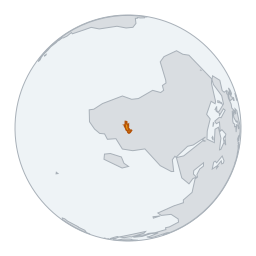 globe centered on Central, rotated 92°
{"feature_id": "ZMB-516", "entity_name": "Central", "entity_type": "Province", "adm_level": 1, "iso_a3": "ZMB", "parent_name": "Zambia", "parent_adm1": "", "projection": "orthographic", "projection_center": [28.771, -13.872], "detail": "medium", "context": "on_globe", "style": "filled", "palette": "amber", "viewbox_px": 256, "rotation_deg": 92, "n_neighbors": 0, "source": "natural_earth", "source_scale": "10m", "svg_char_len": 6165}
<svg xmlns="http://www.w3.org/2000/svg" viewBox="0 0 256 256"><g transform="rotate(92 128 128)"><circle cx="128" cy="128" r="113" fill="#eef3f6" stroke="#a8b0b8"/><path d="M16.4,112.6L16.3,114.7L17.3,115.3L17.6,119.4L17.3,122.6L18.1,122.6L18.1,124.5L23.2,123.7L27.2,126.6L28.1,133.4L26.7,142.6L30.0,160.2L28.7,168.3L31.5,175.4L35.8,186.9L34.6,187.9L38.2,192.0L40.2,195.7L40.3,197.0L43.1,200.3L43.3,201.2L45.1,202.7L49.6,208.1L53.1,210.9L57.4,215.0L59.7,216.6L59.8,216.9L61.0,217.9L62.5,219.0L61.0,218.4L55.9,214.5L53.0,212.0L46.5,205.7L48.1,207.4L46.8,206.1L41.2,199.7L36.0,193.0L31.4,185.9L27.3,178.5L23.8,170.8L20.9,162.8L18.6,154.6L16.9,146.3L15.8,137.9L15.4,129.5L15.6,121.0L16.4,112.6ZM64.8,220.1L61.8,218.9L62.9,219.3L60.2,217.0L63.1,218.3L64.8,220.1ZM58.4,214.0L57.3,212.3L58.1,212.6L59.0,213.9L58.4,214.0ZM152.7,18.1L157.3,19.3L158.6,19.9L159.4,20.1L158.8,19.7L154.0,18.4L161.9,20.6L169.5,23.3L177.0,26.6L184.2,30.4L191.1,34.7L197.7,39.5L203.9,44.8L209.7,50.5L215.1,56.6L220.1,63.1L224.5,69.9L228.5,77.1L231.9,84.5L232.5,86.3L231.0,83.1L231.3,85.4L236.1,98.3L236.8,101.5L236.2,105.4L235.8,102.9L231.8,94.2L232.8,101.5L235.9,110.1L237.0,118.8L235.4,114.7L234.0,107.1L232.6,103.8L231.7,97.3L228.2,86.6L226.4,87.0L225.4,83.2L220.3,74.2L217.1,74.7L212.8,81.9L214.2,91.7L211.9,95.2L204.2,79.4L200.7,70.0L198.0,70.2L190.1,61.7L176.6,59.2L174.6,56.8L172.1,57.5L166.5,54.9L163.5,51.3L160.1,51.3L168.2,60.8L171.8,61.0L174.7,57.9L176.3,61.4L181.7,65.1L176.0,72.5L155.9,78.6L153.9,71.3L138.2,52.9L138.6,51.0L138.5,50.8L138.3,50.4L137.0,53.4L134.2,50.2L142.7,62.2L144.2,67.8L155.6,79.0L154.6,80.1L158.2,82.6L169.9,80.8L170.0,83.2L164.5,94.5L148.3,110.4L150.5,122.4L149.2,132.9L139.1,139.7L140.0,148.2L134.7,151.2L134.4,156.1L130.2,161.4L123.1,166.7L111.2,167.4L110.4,162.8L104.5,154.4L96.2,134.7L99.2,125.3L98.2,118.6L89.5,104.7L91.4,96.6L89.1,93.7L84.3,95.1L81.7,91.6L78.8,92.0L60.8,98.1L55.4,94.5L49.1,82.2L52.4,75.8L53.1,69.7L76.0,46.1L80.7,46.1L98.5,41.4L100.7,41.8L98.4,45.9L111.6,49.9L116.1,46.2L128.2,48.7L136.4,48.7L139.6,41.2L126.2,41.0L124.1,37.7L134.9,34.8L146.7,35.8L146.2,34.5L138.9,31.5L141.7,29.7L136.4,30.4L138.5,31.6L135.2,32.3L133.1,31.3L134.2,30.6L130.7,30.0L126.4,34.1L128.1,35.8L118.8,36.8L120.6,39.9L118.1,41.5L114.0,37.0L114.5,35.3L106.8,31.5L105.5,33.3L112.6,37.2L110.3,37.0L108.5,39.9L108.1,37.5L100.6,33.4L92.4,35.5L81.6,44.1L76.8,45.7L72.9,45.3L77.1,37.9L87.3,35.2L88.9,33.1L87.1,31.0L90.4,30.5L90.9,29.5L94.7,28.7L100.4,25.8L104.4,25.0L106.9,22.4L109.2,21.8L107.1,23.4L107.7,24.4L117.6,23.5L119.6,22.9L120.4,21.4L123.0,21.6L122.5,20.3L128.3,19.8L120.9,19.5L121.6,18.3L125.2,17.5L124.1,17.2L118.2,18.6L117.1,19.4L118.3,20.0L114.0,22.5L110.5,23.3L109.9,20.8L105.0,21.7L106.7,19.9L121.5,16.2L127.6,15.8L137.2,16.9L135.6,17.3L131.4,16.9L135.1,18.1L134.9,17.5L137.1,17.9L138.4,17.2L140.0,17.5L138.4,16.7L140.5,16.9L141.5,17.4L145.1,17.2L149.6,17.9L149.6,17.7L148.4,17.4L154.9,18.8L154.6,18.7L152.4,18.1L150.5,17.7L150.0,17.5L152.7,18.1ZM68.0,56.5L67.4,58.2L68.0,56.5ZM159.2,41.2L166.1,42.4L162.8,37.8L165.2,38.0L163.2,36.5L162.6,37.5L157.6,33.7L160.6,33.0L159.7,31.4L157.3,30.9L152.7,32.9L159.7,38.2L158.1,39.7L159.2,41.2ZM89.8,25.8L91.1,26.0L89.4,27.2L84.4,29.0L86.7,27.2L89.8,25.8ZM93.2,26.0L94.0,23.6L97.1,22.7L95.2,23.5L97.2,23.2L94.7,24.5L96.9,26.4L95.7,27.7L87.1,29.8L90.6,28.3L89.2,28.1L93.2,26.0ZM90.4,22.0L90.8,21.7L97.2,19.9L96.1,20.4L91.0,22.0L89.3,22.4L90.4,22.0ZM103.3,40.1L105.0,40.1L107.7,39.7L106.6,41.7L103.3,40.1ZM98.1,37.2L99.6,36.8L99.4,39.1L97.6,39.3L98.1,37.2ZM100.7,34.8L99.7,36.6L99.2,35.7L100.7,34.8ZM108.6,23.1L110.3,22.8L110.4,23.1L109.4,23.7L108.6,23.1ZM137.3,42.4L134.8,43.8L133.6,43.1L134.7,42.7L137.3,42.4ZM119.9,42.3L123.8,43.2L119.6,42.9L119.9,42.3ZM176.0,196.4L176.3,198.3L174.7,198.1L176.0,196.4ZM168.2,132.5L160.1,150.9L154.9,150.6L154.1,144.8L157.2,133.6L163.4,130.8L166.4,126.1L168.2,132.5ZM239.1,146.2L238.9,147.9L238.8,148.3L239.1,146.2ZM239.4,143.3L239.3,144.7L239.2,144.2L239.4,143.3ZM239.2,145.7L239.3,145.3L239.2,145.7ZM239.3,142.5L237.7,137.9L236.8,134.8L237.3,133.3L238.8,136.6L239.3,142.5ZM237.2,133.1L235.4,125.3L230.8,106.8L232.5,108.2L236.8,120.8L236.6,122.2L237.7,127.9L237.2,133.1ZM240.4,120.3L240.4,121.1L240.6,124.3L240.6,126.9L240.5,129.8L240.2,134.4L239.7,131.5L239.2,129.6L239.0,122.6L239.2,119.9L239.6,120.9L239.8,114.1L240.4,120.3ZM214.7,92.7L217.2,99.5L215.8,99.9L214.7,92.7ZM233.6,89.2L233.2,88.8L232.6,87.2L232.8,86.9L233.6,89.2ZM143.1,16.4L143.3,16.5L145.9,17.0L141.4,16.3L141.2,16.1L143.1,16.4ZM221.7,190.5L220.2,190.5L221.0,188.0L223.2,185.1L228.7,173.8L228.7,174.5L231.7,167.6L234.0,165.8L235.3,162.2L232.7,169.6L229.5,176.8L225.8,183.8L221.7,190.5ZM240.1,139.1L240.1,138.5L240.5,133.3L240.6,131.3L240.1,139.1Z" fill="#d9dde1" stroke="#a8b0b8" stroke-width="1"/><path d="M129.9,127.2L130.0,127.1L130.0,124.6L130.1,124.4L130.3,124.3L130.5,124.6L131.3,124.9L131.3,125.2L131.5,125.3L131.4,125.5L131.6,125.6L131.8,125.6L131.7,125.8L131.8,126.0L132.0,126.2L132.3,126.2L132.5,126.4L132.6,126.2L132.8,126.2L132.9,126.3L133.0,126.8L133.1,127.0L132.8,127.3L132.7,127.5L132.6,127.4L132.5,127.5L132.4,127.8L132.2,127.9L132.2,128.0L130.5,128.1L130.7,128.4L130.9,128.4L131.0,128.5L130.9,128.7L130.8,128.8L130.6,129.0L130.4,129.1L130.3,129.5L130.2,129.5L129.7,129.7L129.5,129.8L129.4,129.9L129.3,130.1L129.0,130.2L128.9,130.1L128.4,130.3L128.1,130.5L127.9,130.6L127.6,130.6L127.3,130.5L127.2,130.5L127.1,130.9L126.6,130.8L126.2,130.7L126.1,130.8L126.3,131.0L126.4,131.3L126.2,131.3L126.1,131.5L125.9,131.4L125.7,131.2L125.5,131.4L125.4,131.3L125.2,131.7L125.1,131.2L124.6,131.1L124.3,130.9L121.5,130.9L121.5,130.6L121.6,130.4L121.6,130.0L121.7,129.9L121.7,129.6L121.8,129.5L121.9,129.4L123.1,129.5L123.3,129.7L123.5,129.5L123.8,129.2L124.1,129.1L124.3,129.1L124.5,129.0L124.5,128.8L124.6,128.6L124.5,128.4L124.4,128.3L124.5,128.1L124.5,127.9L124.3,127.7L125.3,127.7L125.3,127.9L125.4,128.1L125.5,128.0L125.6,127.9L125.8,127.6L126.2,127.6L126.3,128.0L126.8,128.0L127.5,128.0L127.8,128.0L127.8,127.7L128.2,127.4L128.3,127.3L128.6,127.0L128.8,127.1L129.0,127.0L129.3,126.9L129.5,126.7L129.7,126.8L129.6,127.0L129.8,127.2L129.9,127.2Z" fill="#f59e0b" stroke="#b45309" stroke-width="1.5"/></g></svg>